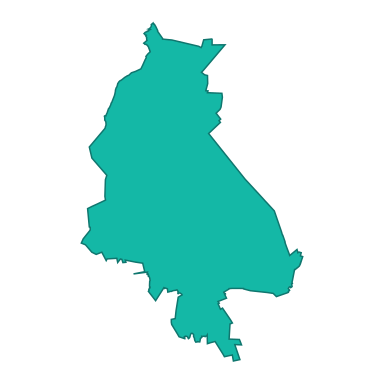 outline of Mapimí, Durango, Mexico
{"feature_id": "50627088B7119871400855", "entity_name": "Mapimí", "entity_type": "district", "adm_level": 2, "iso_a3": "MEX", "parent_name": "Mexico", "parent_adm1": "Durango", "projection": "robinson", "projection_center": [-104.148, 26.158], "detail": "fine", "context": "isolated", "style": "filled", "palette": "teal", "viewbox_px": 384, "rotation_deg": 0, "n_neighbors": 0, "source": "geoboundaries", "source_scale": "gbopen_adm2", "svg_char_len": 5613}
<svg xmlns="http://www.w3.org/2000/svg" viewBox="0 0 384 384"><path d="M89.3,147.0L91.9,158.1L106.8,175.3L105.4,179.7L104.9,196.4L105.5,200.1L97.5,203.9L92.0,206.4L87.6,208.6L89.3,227.0L90.2,227.3L90.2,230.1L83.8,238.1L83.3,238.7L81.3,243.1L85.5,244.8L91.8,252.2L96.2,254.4L101.8,252.2L106.2,260.6L107.1,258.9L116.8,258.3L117.7,262.5L120.4,259.0L121.9,259.4L122.9,262.6L125.9,262.3L125.3,260.1L135.4,262.1L142.7,263.2L144.7,271.6L144.3,271.8L143.2,272.0L133.5,273.9L134.6,273.8L147.5,272.1L147.1,273.2L147.5,273.5L147.1,274.2L147.1,274.4L147.3,274.5L148.0,274.1L148.3,274.2L148.4,276.3L149.0,276.3L149.0,276.5L149.5,277.4L149.9,278.9L150.0,280.4L150.1,280.6L149.7,281.2L149.5,285.5L149.6,286.9L150.0,287.0L150.0,287.9L149.4,288.2L148.8,289.7L149.0,290.3L148.5,291.2L148.4,291.3L149.5,292.8L155.6,300.7L163.9,287.7L164.6,288.4L165.0,287.9L167.4,288.8L167.8,292.0L168.0,291.9L168.7,292.0L169.1,291.8L169.3,291.7L169.7,291.6L170.2,291.4L171.5,291.4L172.3,291.0L172.5,290.8L174.6,290.4L174.8,290.4L175.2,290.4L175.7,290.2L176.7,290.0L176.8,289.8L177.0,289.8L177.6,291.0L178.2,291.4L178.1,292.3L177.9,292.7L177.9,292.9L177.9,293.5L178.1,293.7L178.6,293.3L179.9,292.9L181.3,293.8L181.7,294.1L181.9,294.4L182.1,294.9L178.2,297.2L176.1,310.3L175.2,318.6L171.3,319.4L171.3,322.3L171.7,324.5L177.7,334.4L178.6,336.0L179.1,336.8L184.8,338.7L184.9,338.2L184.9,337.9L184.2,337.1L184.2,336.9L184.3,336.7L184.7,336.6L184.9,336.4L185.3,336.2L186.7,336.3L187.3,336.6L187.5,336.8L187.6,337.2L188.2,337.8L188.2,338.4L188.3,338.6L188.5,338.7L189.0,338.1L189.3,338.0L189.6,337.6L190.0,336.6L190.0,336.2L190.2,335.7L190.3,335.1L190.5,334.7L190.8,334.1L191.0,333.6L191.2,333.4L191.5,333.3L192.5,333.4L192.7,333.7L193.5,334.4L193.5,334.6L193.6,334.9L193.6,335.4L193.6,336.6L194.3,337.9L194.5,338.4L194.4,338.5L194.5,339.2L194.9,340.7L195.6,341.8L195.7,342.0L195.9,342.2L196.3,342.0L196.6,342.0L196.9,341.9L197.3,341.9L197.7,341.6L198.0,341.8L198.5,341.8L199.1,341.9L199.4,341.8L199.8,341.9L199.9,341.7L199.9,340.9L200.2,340.1L200.4,338.5L200.6,338.2L200.9,338.2L201.3,337.6L201.8,337.2L201.7,336.4L201.9,336.5L202.1,336.4L202.5,336.5L202.6,336.4L202.8,336.4L203.0,336.3L203.7,336.2L204.6,336.2L204.8,336.3L204.8,336.5L205.1,336.7L205.6,336.2L206.5,336.1L207.2,335.0L207.4,343.7L210.8,342.6L215.1,341.5L223.2,354.5L224.4,356.7L232.3,355.0L233.4,361.0L239.9,359.6L234.8,344.6L241.5,344.9L240.2,341.4L239.4,339.5L229.1,339.1L230.0,324.0L232.4,323.0L230.4,319.7L222.5,308.1L220.5,309.3L218.1,303.8L219.2,303.2L218.0,301.5L226.5,298.2L224.7,294.4L226.0,293.6L225.5,293.7L224.8,293.5L224.2,293.1L224.1,292.9L223.9,292.7L223.7,292.2L229.4,288.8L229.3,288.6L232.0,288.4L236.9,288.4L239.4,288.4L243.5,288.5L243.5,288.9L250.3,290.7L267.1,292.5L273.2,293.4L276.4,296.6L287.6,292.7L288.4,292.3L288.3,291.6L289.6,290.4L289.4,290.0L289.1,290.1L288.8,289.2L288.3,288.5L289.1,287.3L290.1,286.3L290.0,286.1L290.8,287.6L292.1,286.6L291.6,283.8L292.4,283.5L292.0,282.1L292.4,280.7L294.5,269.9L294.6,270.0L298.2,267.1L299.4,266.0L299.7,265.4L300.6,262.7L300.7,262.9L302.0,258.8L302.3,258.0L302.7,256.6L300.4,255.9L301.2,252.7L298.9,252.0L299.0,251.8L297.9,252.7L297.0,249.5L289.7,255.5L289.2,254.0L287.7,250.0L286.4,246.5L284.9,242.3L285.1,242.2L285.0,241.6L282.8,235.3L282.6,235.3L281.6,232.5L281.7,232.4L274.3,210.9L266.4,202.3L265.2,201.1L264.9,200.7L259.6,194.9L245.1,179.2L208.6,133.5L220.4,122.4L219.0,120.7L220.7,119.1L216.1,113.2L220.0,109.4L220.9,107.5L221.1,106.7L222.4,97.2L221.9,93.3L207.4,92.7L208.0,90.9L205.8,90.7L207.7,83.6L207.5,75.5L204.6,74.8L201.5,72.3L203.3,70.4L225.0,44.8L212.1,44.9L212.1,39.3L211.8,39.0L203.7,39.8L202.3,44.7L202.0,45.9L201.1,47.6L198.7,46.3L171.9,40.0L162.6,39.1L162.7,38.6L157.6,31.3L157.7,30.6L155.5,26.0L155.0,25.5L154.8,24.8L154.6,24.6L154.4,24.5L154.4,24.3L154.3,24.1L154.0,24.0L153.9,24.0L153.8,23.9L153.7,23.9L153.6,24.0L153.5,23.9L153.3,23.4L153.2,23.3L153.1,23.0L152.8,23.3L152.0,23.9L151.2,24.7L151.3,25.1L151.4,25.8L151.2,26.4L150.8,27.2L149.7,28.4L149.3,28.6L148.8,29.0L148.5,29.1L148.8,29.2L149.0,29.4L150.0,29.3L150.3,29.5L149.7,29.7L149.4,29.6L149.2,29.6L149.1,29.9L148.8,30.2L148.8,30.6L148.7,30.7L148.6,30.8L148.4,30.9L148.2,30.8L148.0,31.0L147.9,31.0L147.5,31.1L147.6,31.4L145.4,32.2L144.5,33.0L144.3,33.6L144.1,33.7L144.2,33.8L144.6,33.9L144.6,34.1L145.0,34.7L145.4,35.1L146.1,35.1L146.3,35.2L146.0,35.5L145.9,36.3L146.7,37.5L146.6,38.2L146.7,39.5L146.8,40.0L147.0,40.4L143.7,43.2L143.8,43.3L144.2,43.4L144.4,43.5L144.6,44.0L144.9,44.3L145.4,44.3L146.0,44.5L146.5,44.5L146.8,45.0L147.4,45.4L147.5,45.6L147.7,46.0L148.0,46.1L148.2,46.6L148.3,46.7L148.8,47.9L148.9,48.4L149.0,48.6L149.2,49.0L149.4,49.2L149.4,49.7L149.6,50.0L149.7,50.7L150.0,51.0L149.9,51.1L150.1,51.5L150.2,51.8L148.0,53.8L145.9,56.4L145.9,56.6L146.2,57.1L146.2,57.8L146.1,58.0L145.2,59.6L142.6,65.4L142.6,65.6L142.4,65.8L140.9,68.9L140.2,69.2L135.5,71.4L131.4,72.8L129.9,74.2L129.3,74.9L128.2,75.5L127.2,75.8L126.9,76.1L124.7,77.4L121.0,80.4L120.6,80.4L120.1,80.7L119.6,81.1L118.9,81.8L118.7,82.2L118.4,82.6L117.7,83.7L117.4,85.1L116.8,87.0L116.2,87.8L115.9,88.7L115.5,89.9L115.4,90.5L115.4,91.1L115.4,91.4L115.2,92.1L115.0,93.5L114.8,94.0L114.5,95.4L112.9,99.5L111.7,102.6L111.1,103.2L111.1,103.5L110.8,104.7L109.5,107.5L109.3,107.6L109.1,108.2L108.8,108.6L108.4,108.9L108.0,110.3L107.6,111.4L107.1,113.0L106.5,114.1L106.2,114.8L106.0,115.4L105.9,115.8L105.6,115.7L105.0,115.8L104.5,116.0L104.4,116.2L104.8,117.9L104.8,118.2L104.7,118.6L104.8,119.6L104.7,120.0L105.7,121.5L105.9,122.3L106.0,124.0L106.0,125.1L105.8,125.8L105.4,126.7L105.2,127.8L104.8,128.6L89.3,147.0Z" fill="#14b8a6" stroke="#0f766e" stroke-width="1.5"/></svg>